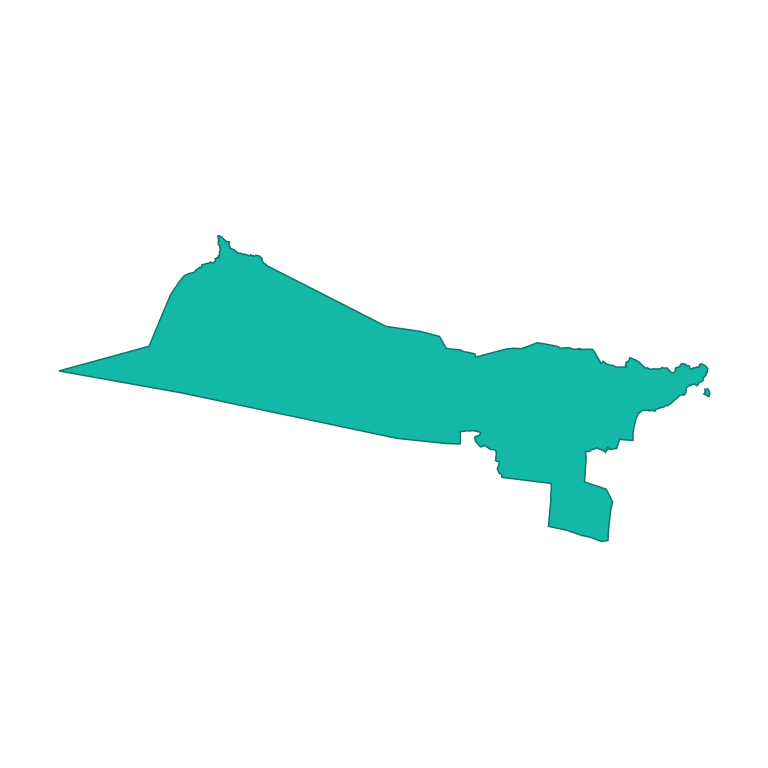 outline of Þingeyjarsveit, Norðurland eystra, Iceland, rotated 100°
{"feature_id": "244011B2873245088627", "entity_name": "Þingeyjarsveit", "entity_type": "district", "adm_level": 2, "iso_a3": "ISL", "parent_name": "Iceland", "parent_adm1": "Norðurland eystra", "projection": "albers", "projection_center": [-17.794, 65.291], "detail": "fine", "context": "isolated", "style": "filled", "palette": "teal", "viewbox_px": 768, "rotation_deg": 100, "n_neighbors": 0, "source": "geoboundaries", "source_scale": "gbopen_adm2", "svg_char_len": 6041}
<svg xmlns="http://www.w3.org/2000/svg" viewBox="0 0 768 768"><g transform="rotate(100 384 384)"><path d="M396.3,128.9L393.0,129.7L388.9,130.2L382.9,130.3L374.4,129.8L368.8,128.5L368.5,127.7L367.5,127.4L367.1,126.6L366.0,125.8L365.0,124.5L364.7,122.0L364.0,121.6L363.9,120.8L364.2,120.2L364.1,119.1L364.3,118.6L363.9,118.7L363.7,118.5L363.6,118.1L364.0,117.4L363.5,117.3L363.1,116.5L363.2,116.0L363.5,115.6L363.4,115.4L363.4,115.2L363.7,114.9L363.2,114.0L363.7,112.8L363.4,112.7L363.3,112.0L362.5,112.4L361.6,111.7L360.4,109.3L359.2,107.7L359.1,106.5L358.6,105.8L357.9,104.1L357.1,103.9L356.3,103.0L356.1,102.2L356.1,100.9L355.1,100.2L354.1,98.8L352.7,97.4L350.1,95.7L346.4,92.4L343.7,90.6L342.7,88.3L342.9,87.4L343.1,87.1L342.2,86.7L341.8,85.9L339.3,85.1L338.1,85.5L335.2,85.7L333.3,84.0L332.5,83.1L332.6,82.0L331.5,81.1L331.0,80.4L330.2,78.5L330.2,77.7L330.4,76.8L331.0,76.5L331.4,75.9L330.5,74.7L328.0,74.1L326.8,72.1L326.0,71.4L325.0,70.4L322.5,70.6L321.5,69.6L319.7,69.1L319.0,68.4L317.5,68.7L316.8,68.4L316.6,68.1L316.7,67.8L316.6,67.7L314.1,68.1L312.8,67.6L312.2,67.9L311.7,69.0L310.9,70.1L310.1,70.7L309.8,71.9L309.7,72.9L309.0,74.7L308.9,75.1L309.1,75.5L309.9,76.3L311.3,76.8L312.7,76.8L313.0,77.4L312.9,78.2L313.1,79.2L314.1,80.4L314.0,81.1L314.3,81.5L314.7,82.6L315.7,83.2L315.8,83.9L316.3,84.9L316.2,85.2L315.9,85.5L313.5,86.2L313.0,87.6L313.0,88.1L313.4,88.9L313.2,89.8L312.0,90.3L312.4,91.4L312.0,93.7L313.4,95.4L315.3,95.7L316.9,98.2L317.3,99.4L318.2,99.7L320.3,99.3L323.0,101.0L322.6,103.3L321.3,104.8L320.7,106.1L319.4,107.3L319.2,107.5L319.2,107.9L319.3,109.4L319.8,111.2L319.8,111.7L319.4,113.1L320.8,114.3L321.5,115.6L321.6,116.0L321.5,117.2L322.0,118.3L322.2,121.3L322.3,121.8L322.7,122.1L323.1,123.5L323.2,124.6L322.9,125.9L322.3,127.3L322.3,127.6L322.9,128.8L322.4,130.0L321.6,131.1L321.3,132.1L319.0,135.1L317.5,138.3L316.3,141.8L315.4,146.5L317.3,146.7L318.5,147.0L319.4,147.7L320.0,148.9L320.7,149.3L321.7,149.1L323.6,149.6L325.3,148.5L327.0,158.1L326.0,161.7L326.0,162.8L326.1,163.6L325.8,168.0L325.2,169.3L324.3,170.9L323.7,172.2L325.5,173.0L326.2,173.7L317.5,180.9L314.5,183.6L313.7,184.6L314.7,191.4L315.2,192.1L315.3,192.8L315.2,194.2L315.5,195.0L315.6,195.7L315.3,196.2L315.5,196.5L315.4,196.7L315.7,196.7L315.6,196.8L315.7,197.3L315.9,197.5L316.0,198.0L315.7,198.3L315.4,198.1L315.4,198.7L316.0,199.2L316.2,200.1L316.2,200.6L316.9,202.2L316.7,203.2L316.8,203.8L316.7,204.2L316.9,205.2L316.2,206.0L316.4,206.5L316.1,207.5L316.2,208.4L316.1,208.5L316.3,208.9L316.2,209.4L318.2,216.5L317.1,218.8L316.8,221.7L316.6,233.7L316.8,240.3L325.2,254.3L326.3,262.4L328.4,269.8L341.5,298.3L338.5,299.7L338.2,308.8L338.4,309.8L338.3,310.7L338.0,312.7L337.2,314.8L338.2,327.8L338.2,328.7L327.5,337.6L325.9,357.6L326.9,392.4L322.6,406.1L287.6,520.5L287.0,520.6L286.5,521.3L286.4,521.6L286.5,521.9L285.8,523.6L285.1,523.9L284.6,524.7L283.7,525.4L282.0,525.7L279.8,528.3L279.7,529.5L279.5,530.0L279.7,530.5L279.5,531.0L279.4,532.3L279.6,532.8L280.6,533.6L280.9,534.2L280.9,534.5L280.3,534.9L280.2,535.7L280.8,536.7L280.0,537.3L279.9,537.7L281.4,539.1L281.1,540.0L280.6,540.4L280.6,542.7L280.2,543.2L281.1,544.6L281.0,545.0L280.4,545.5L280.4,545.8L280.6,546.4L280.1,547.3L280.3,548.0L280.2,549.8L280.7,550.5L279.5,551.4L279.3,552.6L278.9,552.9L278.8,553.9L277.9,554.7L277.8,555.0L277.8,556.1L276.8,558.9L274.5,560.1L273.3,561.4L272.6,561.4L271.9,560.6L270.9,560.9L270.8,561.1L271.1,562.4L270.8,564.5L269.4,566.4L268.7,567.7L268.0,568.4L267.6,569.1L267.5,570.4L266.6,571.4L266.7,572.8L266.8,573.0L267.5,573.3L269.8,572.5L270.4,571.7L271.3,571.8L271.9,571.4L272.4,571.8L274.0,571.8L274.8,571.3L275.5,571.4L275.8,571.1L276.1,570.3L276.5,569.8L277.3,569.2L278.7,569.5L279.8,568.3L280.4,568.1L281.8,569.0L284.0,568.8L284.8,568.1L285.6,568.4L286.4,568.1L286.5,568.5L286.3,569.2L286.7,569.4L288.4,568.7L288.4,568.9L288.3,569.4L288.3,570.1L289.1,570.9L290.2,571.3L290.2,571.6L289.8,571.9L289.9,572.1L291.5,571.5L293.3,571.8L293.8,572.8L294.5,573.3L294.4,573.9L294.4,574.6L294.0,575.6L294.0,576.0L294.3,576.5L294.9,576.6L295.3,577.0L295.4,577.7L295.8,578.5L295.8,578.9L296.2,579.4L296.3,580.4L297.0,581.0L297.1,581.5L297.5,581.7L297.9,583.9L298.6,584.1L299.6,583.7L300.4,583.9L301.0,584.5L300.8,585.4L301.6,586.3L302.4,586.6L303.8,588.5L305.7,589.8L307.1,590.3L309.1,595.2L312.0,599.3L313.7,600.5L318.9,603.4L333.4,609.8L387.6,621.9L427.6,706.4L427.9,581.8L435.3,361.7L431.8,312.4L429.8,298.6L417.6,300.5L416.6,296.6L415.6,294.3L415.6,292.3L414.2,287.3L414.5,287.2L414.7,286.5L414.1,284.0L414.9,283.4L414.6,282.2L414.6,281.5L415.3,280.4L415.8,280.2L416.1,280.6L416.3,280.5L416.5,280.9L417.7,280.7L417.8,281.5L419.0,282.2L419.0,282.7L419.2,282.9L419.0,283.2L419.5,284.0L419.5,284.4L419.8,284.8L420.9,285.4L424.6,283.9L429.1,278.2L428.8,277.6L429.0,277.5L428.9,277.3L428.8,276.9L428.1,276.3L427.8,275.6L427.6,275.5L427.6,275.2L426.8,274.9L429.9,267.9L429.6,262.5L431.0,262.2L432.0,261.4L440.1,260.8L440.7,258.4L440.8,256.9L442.9,256.8L447.6,257.7L450.4,255.9L451.1,255.9L451.5,255.5L452.3,254.1L452.2,253.0L452.5,252.4L455.5,251.6L452.9,202.3L456.4,201.2L465.0,200.5L469.8,199.5L495.7,197.3L496.0,184.6L496.2,181.6L496.1,180.2L498.8,162.8L499.0,156.3L499.3,153.0L501.4,142.4L499.2,136.2L489.3,137.5L468.6,138.9L460.4,138.4L449.0,146.9L445.6,169.6L423.0,171.9L419.5,172.6L415.5,174.0L415.1,172.7L415.3,171.6L414.6,169.8L413.9,169.3L413.8,168.9L413.2,168.7L411.9,166.5L411.4,166.2L411.4,165.3L411.3,164.9L410.3,164.1L410.2,163.9L410.3,163.3L410.0,163.1L410.2,161.9L410.7,161.1L410.7,160.2L410.5,159.4L410.5,159.1L411.1,158.4L411.0,157.9L411.0,157.7L411.5,157.3L411.3,156.8L411.4,156.4L412.1,155.6L412.4,154.4L412.9,154.1L409.7,152.6L409.7,153.8L407.6,153.1L408.2,151.3L409.0,150.7L409.1,150.4L408.8,148.0L407.9,146.8L407.2,143.7L399.3,142.6L397.0,141.9L397.5,140.1L396.3,128.9ZM339.6,61.6L336.2,61.6L334.0,63.0L332.6,64.5L333.0,65.0L333.0,65.5L333.5,66.0L333.5,66.7L333.4,67.0L336.6,66.4L337.2,66.7L337.9,66.7L337.9,67.0L338.3,67.3L339.0,64.9L339.0,64.2L340.0,62.7L339.6,61.6Z" fill="#14b8a6" stroke="#0f766e" stroke-width="1.5"/></g></svg>